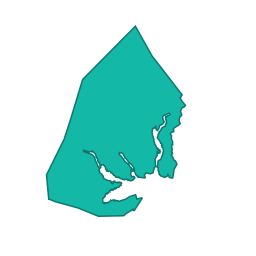 Narvik nor, Nordland, Norway (Albers equal-area conic projection), rotated 203°
{"feature_id": "86288312B24861070458091", "entity_name": "Narvik nor", "entity_type": "district", "adm_level": 2, "iso_a3": "NOR", "parent_name": "Norway", "parent_adm1": "Nordland", "projection": "albers", "projection_center": [17.424, 68.289], "detail": "fine", "context": "isolated", "style": "filled", "palette": "teal", "viewbox_px": 256, "rotation_deg": 203, "n_neighbors": 0, "source": "geoboundaries", "source_scale": "gbopen_adm2", "svg_char_len": 5602}
<svg xmlns="http://www.w3.org/2000/svg" viewBox="0 0 256 256"><g transform="rotate(203 128 128)"><path d="M173.1,31.4L172.2,31.7L166.1,31.8L142.6,34.9L120.7,35.2L97.6,45.6L96.5,48.2L91.8,54.9L91.6,54.3L90.0,54.4L87.5,68.8L88.3,68.9L92.1,66.1L95.0,69.6L99.8,65.3L102.2,61.7L106.4,58.1L107.1,57.1L109.1,57.1L112.0,55.7L112.1,56.0L111.9,56.3L112.0,56.6L112.4,56.4L112.3,56.1L112.3,55.8L113.7,55.9L115.6,54.1L115.8,54.3L115.8,53.8L117.2,51.5L117.9,50.9L118.2,51.1L119.2,50.2L120.1,50.5L120.3,50.3L119.9,50.4L120.0,50.0L120.4,50.2L120.1,49.8L120.4,49.0L121.5,49.5L122.0,49.8L123.7,52.9L123.4,53.2L123.3,54.6L122.9,54.6L122.6,55.6L122.4,55.8L122.4,56.6L122.6,56.7L122.8,58.6L122.0,59.2L121.6,59.0L121.5,59.3L121.8,59.5L121.4,59.6L121.6,59.9L121.4,60.4L121.0,60.3L120.6,61.0L120.2,62.1L119.9,62.1L120.2,62.8L120.2,63.1L119.5,63.7L120.3,63.6L120.1,64.5L120.1,64.1L119.7,64.1L119.2,64.6L119.3,64.8L119.1,65.1L118.2,64.9L118.4,65.2L117.7,65.7L117.3,65.5L117.2,65.6L117.3,65.8L116.5,66.6L117.6,66.3L116.7,67.5L115.7,67.2L115.0,69.1L113.6,69.7L113.5,70.1L113.2,70.2L112.9,70.7L113.0,71.6L112.5,72.0L112.6,72.5L112.3,72.6L112.6,72.8L112.5,73.3L112.6,73.6L112.3,74.6L112.9,75.1L114.1,74.6L114.4,75.0L115.0,74.8L115.7,73.5L116.4,73.4L116.5,73.9L118.4,73.1L118.8,73.0L119.2,73.6L119.8,73.3L120.0,73.7L120.3,73.6L120.8,72.8L120.9,72.1L120.1,71.1L120.5,70.5L121.2,70.9L121.8,70.8L122.3,71.1L122.2,71.9L123.6,72.6L125.6,71.8L130.3,71.9L130.9,72.2L131.0,72.6L132.0,74.1L132.7,74.1L134.2,75.4L135.9,75.5L137.3,76.7L137.0,76.7L137.4,76.9L137.3,77.1L138.2,78.2L138.4,79.0L137.7,80.7L137.7,81.1L137.9,81.5L138.1,81.6L139.0,80.2L139.8,80.4L139.9,80.7L141.2,81.4L141.7,82.1L145.2,85.3L147.1,87.7L148.2,88.4L150.2,89.4L152.0,89.5L159.6,89.0L159.9,89.2L160.0,90.0L159.8,90.0L160.0,90.2L154.3,90.8L153.4,91.7L152.1,91.9L152.4,92.3L151.8,92.8L150.9,92.6L147.8,91.2L146.3,89.6L146.0,89.0L143.6,87.2L143.0,85.9L142.7,85.9L141.5,84.6L141.0,84.9L139.8,84.1L139.5,83.7L139.6,83.1L138.8,82.3L138.2,82.6L137.3,84.1L136.5,84.6L134.3,83.6L133.3,82.8L132.7,81.6L131.6,81.1L131.2,80.5L131.0,81.1L130.4,80.2L129.2,80.3L128.5,81.0L127.7,81.1L126.8,80.7L126.5,80.1L125.2,80.3L122.6,78.8L121.6,79.0L120.0,78.0L117.9,78.4L117.6,79.2L115.6,78.5L110.9,78.9L110.5,79.8L109.6,80.4L108.8,80.1L108.3,80.4L107.7,79.9L107.6,80.3L107.7,80.0L108.2,80.3L107.2,80.9L106.4,80.2L105.3,80.3L103.9,81.1L103.1,82.1L102.5,84.0L102.2,84.7L102.8,85.5L103.8,85.6L105.5,84.8L105.9,85.3L105.5,84.8L105.9,84.7L107.0,85.7L106.8,85.8L107.0,86.0L106.8,86.3L107.0,86.0L107.3,86.2L108.0,88.0L108.0,88.8L107.6,89.8L106.2,90.4L106.3,91.3L107.1,92.0L108.0,91.9L108.5,91.3L108.4,91.9L108.7,92.0L108.9,91.4L109.1,91.5L109.1,92.2L109.5,92.7L111.7,93.5L112.8,94.7L117.2,95.8L123.1,99.3L125.2,100.0L126.4,101.1L125.6,101.8L126.0,102.3L125.9,102.4L124.3,102.4L124.1,102.7L123.0,102.6L119.3,99.6L119.0,99.1L118.1,99.2L113.5,96.6L113.5,96.2L112.6,96.5L109.7,95.4L107.2,93.8L106.9,93.4L107.0,92.9L105.8,92.2L105.8,91.6L105.3,90.7L103.4,89.1L102.7,88.1L99.9,87.5L99.9,87.3L100.1,87.1L99.8,87.3L99.3,87.0L100.0,86.9L99.6,86.7L93.0,88.6L92.8,88.9L93.4,90.0L94.3,90.3L94.3,91.4L93.8,93.8L89.6,94.5L87.6,96.3L87.6,96.6L87.5,97.5L88.0,98.8L87.8,99.4L88.2,101.5L87.9,102.1L88.0,102.5L87.5,103.5L88.7,105.3L89.0,106.5L89.7,107.2L90.1,108.4L90.9,109.6L91.0,110.1L90.9,111.1L90.6,112.1L90.9,113.2L90.3,113.8L91.6,116.8L90.3,116.7L90.6,117.2L90.4,117.3L90.7,117.5L89.0,117.4L89.1,118.1L89.0,118.5L89.2,118.9L89.1,119.0L90.1,119.8L90.5,119.8L90.5,119.4L91.4,119.3L91.5,119.4L90.9,120.1L91.6,120.0L91.8,120.2L91.5,120.3L92.8,121.0L93.2,120.9L93.2,120.5L93.6,120.7L95.0,122.2L96.8,123.5L98.3,125.4L99.2,125.9L99.4,126.2L99.4,127.0L99.5,127.4L102.8,131.1L103.2,132.3L104.0,132.8L104.4,134.1L104.7,136.2L105.2,137.0L104.2,138.1L103.2,140.4L102.3,139.1L102.7,138.4L101.9,138.4L101.2,137.4L99.7,137.2L99.8,138.7L99.4,138.9L99.4,139.3L99.6,140.2L99.7,142.4L99.2,143.8L98.8,144.1L98.5,143.9L97.4,145.6L97.3,146.1L97.3,147.6L97.1,147.8L99.1,149.6L100.3,151.5L100.4,152.4L100.1,153.5L98.5,154.8L96.6,157.3L95.7,157.6L94.8,157.2L94.6,156.7L94.8,156.1L96.1,155.0L96.7,153.7L97.6,153.4L97.8,153.1L97.4,152.9L97.4,151.7L96.8,150.9L95.3,149.2L95.1,148.5L94.6,148.2L94.6,147.0L94.9,145.8L94.7,145.1L94.2,144.8L94.4,144.1L96.3,142.3L97.0,141.1L96.8,140.5L97.0,140.3L96.9,139.0L97.5,137.2L97.6,136.5L97.5,135.8L97.7,135.5L97.5,135.3L97.7,134.2L97.6,133.8L97.7,133.5L97.3,132.0L97.4,130.9L97.0,130.3L93.6,128.4L91.9,126.7L91.4,126.8L90.1,126.1L90.1,125.5L90.4,125.3L90.3,124.9L89.3,123.8L87.9,123.1L86.5,121.0L85.6,116.4L85.8,114.7L85.5,112.3L85.9,111.4L87.4,109.6L87.4,109.1L87.2,108.9L87.0,107.9L86.3,106.5L86.4,105.9L86.2,105.7L86.1,103.5L84.9,103.3L84.5,102.8L83.6,100.5L82.6,100.0L82.4,99.3L81.7,98.8L81.4,97.8L81.2,97.5L78.9,96.7L74.8,96.9L74.7,97.1L74.9,97.3L74.9,97.5L73.9,98.0L72.7,99.7L73.1,100.3L73.1,100.5L72.8,100.0L72.0,100.2L70.7,98.7L68.2,99.0L67.3,99.5L68.6,105.2L69.5,107.2L68.8,113.6L70.5,115.5L71.8,116.3L73.3,116.5L75.5,118.7L77.5,120.1L77.5,120.4L77.1,121.7L77.8,121.8L77.7,122.8L78.9,123.5L78.6,124.7L78.8,124.9L78.9,125.7L80.4,127.3L80.8,129.7L80.3,130.1L80.8,130.9L81.4,132.6L83.8,134.8L84.9,137.9L86.4,138.8L86.6,139.5L86.6,140.2L86.1,141.2L84.5,142.4L84.6,143.1L85.8,144.7L85.9,145.1L85.8,145.5L85.1,146.8L82.8,149.9L81.6,152.4L83.3,154.1L84.4,156.3L84.4,158.1L84.6,158.6L84.6,159.0L83.8,159.8L83.6,160.9L83.9,161.6L84.7,162.1L86.0,163.6L86.3,165.5L86.4,166.2L86.2,167.3L84.6,169.3L83.9,171.3L87.9,173.3L91.8,175.9L91.3,177.2L91.5,178.8L91.1,179.6L134.3,203.9L161.0,224.6L188.7,155.0L184.1,112.2L182.4,92.5L184.7,53.0L173.1,31.4Z" fill="#14b8a6" stroke="#0f766e" stroke-width="1.5"/></g></svg>